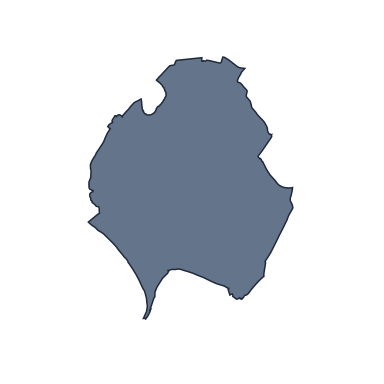 outline of Sulina, Tulcea, Romania, rotated 123°
{"feature_id": "2599482B90058353737957", "entity_name": "Sulina", "entity_type": "district", "adm_level": 2, "iso_a3": "ROU", "parent_name": "Romania", "parent_adm1": "Tulcea", "projection": "equal_earth", "projection_center": [29.526, 45.139], "detail": "fine", "context": "isolated", "style": "filled", "palette": "slate", "viewbox_px": 384, "rotation_deg": 123, "n_neighbors": 0, "source": "geoboundaries", "source_scale": "gbopen_adm2", "svg_char_len": 5871}
<svg xmlns="http://www.w3.org/2000/svg" viewBox="0 0 384 384"><g transform="rotate(123 192 192)"><path d="M154.6,290.2L155.1,290.1L158.2,290.5L158.8,290.7L166.3,291.8L166.6,291.8L166.9,291.6L166.8,292.2L166.7,292.3L166.6,292.9L166.6,294.4L166.9,295.2L167.9,296.1L170.1,296.6L170.0,297.0L169.8,297.7L169.7,297.7L169.8,298.0L170.0,298.1L174.8,298.1L175.5,297.9L176.1,297.7L176.8,296.5L180.4,298.2L183.0,298.3L183.2,297.6L183.2,297.1L183.5,296.3L183.3,295.2L183.8,295.1L188.7,295.0L193.3,294.4L196.1,293.8L198.4,293.4L206.6,293.4L211.3,293.5L211.9,293.4L213.9,293.0L215.5,293.1L217.8,293.1L220.2,292.9L221.3,292.8L224.4,292.1L227.6,289.9L229.3,288.1L232.3,286.4L234.7,284.9L239.6,283.9L241.9,282.5L244.4,280.7L245.0,279.9L245.3,279.1L245.1,277.5L244.9,276.2L244.7,275.7L245.8,275.3L246.9,276.2L248.4,276.6L249.2,276.6L249.9,276.4L250.7,275.7L251.6,274.9L252.1,274.3L252.3,273.6L253.5,272.8L254.1,272.1L254.1,270.8L255.0,270.3L255.3,269.4L255.2,268.5L255.4,267.7L255.3,267.1L255.6,266.5L255.6,266.0L256.1,264.8L255.9,263.7L255.4,262.7L255.4,262.1L255.8,261.3L258.7,259.3L259.7,258.3L260.1,258.0L262.2,258.9L264.6,259.7L268.4,260.9L273.7,262.6L274.3,259.1L274.5,256.9L274.4,255.4L274.7,252.8L275.4,249.9L275.1,245.4L275.4,242.7L275.6,241.8L277.7,231.6L279.2,225.6L280.7,221.9L281.8,218.1L283.4,213.4L283.7,211.3L284.9,208.2L285.9,207.2L286.3,205.8L289.1,199.3L291.9,193.5L295.2,187.7L299.5,180.9L301.1,177.6L305.8,172.4L309.3,169.7L312.0,167.3L314.4,166.2L317.1,165.0L319.3,164.7L324.5,163.9L323.6,162.7L323.8,161.7L320.3,161.5L316.2,161.9L314.0,162.4L312.9,162.7L313.5,163.1L301.7,166.2L300.3,166.0L295.9,168.6L291.7,169.4L290.5,169.6L280.7,169.7L275.9,168.8L273.8,168.2L271.7,168.4L271.9,168.0L271.2,168.5L271.2,169.2L270.8,169.4L270.1,168.4L269.1,167.9L268.2,167.0L267.3,165.8L266.4,164.2L264.2,161.8L263.0,159.4L262.3,156.5L260.9,151.9L259.7,147.2L258.7,141.7L257.5,136.0L256.4,126.8L255.5,121.4L253.3,113.7L253.2,110.5L252.9,108.6L254.0,108.7L257.8,104.1L257.3,103.8L256.0,103.2L255.5,102.8L255.5,102.7L256.1,101.7L256.3,101.5L257.3,101.0L257.4,100.7L257.5,100.1L257.4,99.7L257.5,98.0L257.6,97.2L257.7,96.7L257.6,96.3L257.2,95.7L256.8,95.4L256.0,95.1L255.8,94.7L255.4,94.5L255.1,94.5L254.7,94.3L254.9,94.1L255.1,93.0L254.9,92.8L255.1,92.8L255.0,92.3L254.9,92.0L254.5,91.8L253.8,91.6L253.6,91.6L253.2,91.7L252.9,91.5L252.2,91.4L251.6,91.6L251.1,91.6L249.9,91.4L249.6,91.1L249.3,90.6L249.1,90.5L248.4,90.2L247.9,89.9L246.3,89.4L245.7,89.4L242.0,89.2L238.4,88.8L233.7,88.1L229.3,87.3L226.8,86.7L224.0,86.0L223.8,86.0L223.8,85.8L223.6,85.7L221.9,87.0L216.1,89.6L211.5,91.6L211.1,91.9L210.9,92.2L210.7,92.5L210.7,92.8L207.9,92.9L203.3,92.9L199.7,93.0L185.3,94.6L181.0,95.2L174.7,95.8L163.8,97.1L159.4,98.1L151.6,98.6L150.3,98.8L148.6,100.4L148.0,101.1L146.2,104.1L145.9,104.6L145.3,105.2L144.6,105.6L143.7,106.2L141.2,106.9L137.4,108.3L135.3,109.2L133.5,110.1L134.0,110.5L134.8,111.4L136.1,113.3L137.7,116.4L138.1,117.5L138.3,118.1L138.6,119.2L138.8,121.7L138.8,122.9L138.7,123.6L138.6,124.1L138.2,125.6L137.6,126.9L137.5,127.5L137.3,128.0L137.1,128.6L135.6,134.3L134.9,136.6L133.1,140.4L131.9,142.8L128.7,148.2L128.1,149.3L128.2,149.5L128.3,149.7L128.3,149.8L128.3,150.0L127.9,150.3L127.0,151.9L126.8,152.4L126.7,153.0L126.7,153.3L126.9,153.4L127.1,153.5L126.8,153.8L126.9,154.2L126.6,155.5L125.9,156.1L119.0,155.6L103.3,155.2L102.0,155.4L100.9,156.5L100.6,156.5L101.0,156.9L101.1,157.2L101.0,157.5L100.8,157.7L101.2,158.4L101.3,158.7L101.1,159.4L99.7,161.8L99.3,162.2L97.8,163.2L97.0,164.1L96.2,165.3L95.0,167.5L93.9,169.7L93.4,171.6L92.9,173.3L92.9,173.7L92.8,174.5L92.5,175.4L91.5,179.4L90.4,181.9L88.8,187.5L88.2,188.3L85.8,190.7L84.4,192.4L83.8,193.7L83.1,196.4L82.6,198.0L82.0,198.7L80.2,199.7L79.0,200.0L77.7,200.5L76.9,201.2L75.4,206.8L74.8,208.5L74.4,210.0L74.3,211.0L74.4,211.9L74.9,212.7L74.9,213.1L74.6,213.8L74.3,214.1L74.1,214.5L71.9,215.0L70.3,215.3L66.4,215.4L65.5,215.6L64.6,215.7L62.5,215.5L61.0,215.2L59.6,215.0L60.9,217.6L61.8,219.9L62.0,220.6L62.1,222.0L62.1,223.1L61.3,232.1L61.2,234.3L61.4,238.2L61.5,238.6L61.8,239.1L62.1,239.7L62.4,239.6L62.6,239.5L63.3,239.3L66.9,238.3L67.5,238.2L68.1,238.4L68.7,238.9L68.9,239.4L72.3,248.8L73.3,251.2L73.5,251.5L74.9,251.9L75.8,254.1L76.0,254.2L76.6,254.3L76.9,254.9L76.9,255.1L75.7,255.9L74.0,256.9L75.7,259.0L77.5,261.2L90.1,276.8L90.7,276.9L94.7,276.1L94.9,276.1L95.6,276.5L97.4,278.6L98.1,279.3L98.8,279.5L100.5,279.9L103.7,280.4L107.4,281.1L110.8,281.6L113.3,282.2L114.6,282.3L116.5,282.7L117.1,282.8L117.5,282.8L117.7,282.6L117.7,282.2L117.8,281.9L117.7,281.7L117.8,281.4L117.8,281.1L117.9,279.2L118.0,279.1L117.9,278.8L118.1,278.7L118.0,278.2L118.1,277.9L118.3,277.0L118.5,276.6L118.6,275.6L118.7,275.3L118.8,275.2L119.0,274.8L119.2,274.5L119.3,274.2L119.5,273.9L119.7,273.3L119.6,273.0L119.7,272.8L119.9,272.7L120.2,271.9L121.0,270.9L121.0,270.7L121.5,270.3L121.9,269.7L122.0,269.6L122.4,269.0L122.7,268.3L122.9,268.1L123.5,267.5L123.9,267.3L124.1,266.9L124.5,266.8L124.8,266.4L125.8,266.1L126.4,266.1L126.7,266.0L126.8,266.0L127.0,266.1L127.5,266.1L128.3,265.8L128.8,265.8L129.1,265.7L129.3,265.7L129.5,265.8L130.3,265.6L130.5,265.7L130.5,265.8L132.0,265.7L133.1,265.7L133.7,265.9L133.9,265.8L134.1,265.9L135.0,265.9L136.7,266.2L136.7,266.3L136.9,266.4L137.0,266.3L137.5,266.3L137.9,266.4L138.5,266.9L139.5,267.4L140.1,267.4L140.4,267.2L140.9,267.2L141.6,267.3L141.8,267.3L142.0,267.0L143.3,266.8L145.3,266.7L145.8,266.8L146.1,267.0L146.8,267.1L147.2,267.3L149.3,268.3L150.3,269.3L150.6,269.8L151.4,270.8L151.8,271.7L151.9,273.3L151.7,273.5L152.0,273.8L151.7,275.3L151.4,276.0L151.0,276.3L150.7,276.6L150.8,277.3L150.4,277.8L150.1,277.7L150.0,278.0L149.3,279.1L148.2,279.8L147.6,280.4L147.0,281.3L146.0,281.6L145.4,282.3L143.9,283.3L141.7,285.3L142.8,286.0L143.4,286.2L143.7,286.4L144.0,286.5L146.0,287.7L147.6,288.7L148.6,289.2L154.6,290.2Z" fill="#64748b" stroke="#1e293b" stroke-width="1.5"/></g></svg>